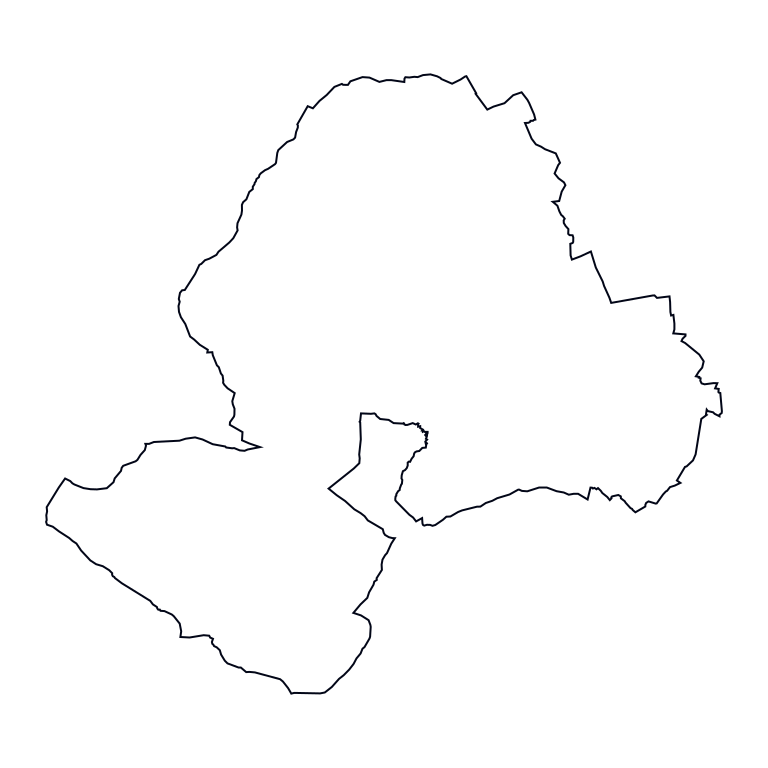 the district of Ulies, Harghita, Romania
{"feature_id": "2599482B10637984769645", "entity_name": "Ulies", "entity_type": "district", "adm_level": 2, "iso_a3": "ROU", "parent_name": "Romania", "parent_adm1": "Harghita", "projection": "natural_earth1", "projection_center": [25.262, 46.196], "detail": "fine", "context": "isolated", "style": "outline", "palette": "ink", "viewbox_px": 768, "rotation_deg": 0, "n_neighbors": 0, "source": "geoboundaries", "source_scale": "gbopen_adm2", "svg_char_len": 6074}
<svg xmlns="http://www.w3.org/2000/svg" viewBox="0 0 768 768"><path d="M680.4,482.9L676.9,480.5L685.0,466.9L686.6,466.4L693.0,460.4L695.6,454.4L701.3,418.9L706.7,414.9L706.0,414.4L706.7,409.6L707.9,411.1L713.1,412.3L714.6,413.8L719.5,416.3L719.5,414.7L721.7,413.0L721.9,411.2L720.3,393.0L718.7,392.5L718.4,392.0L718.7,388.9L715.1,388.4L717.3,383.2L713.6,383.1L704.6,384.3L701.6,383.4L700.3,380.7L700.6,378.3L698.8,377.7L699.1,376.9L695.9,376.3L698.8,371.7L702.2,367.6L703.7,361.3L699.3,354.6L685.1,343.0L681.5,341.1L682.6,338.7L685.5,335.9L685.5,334.4L673.3,333.4L674.4,329.4L674.4,323.6L673.4,314.9L671.1,315.5L670.4,312.0L670.1,302.0L669.5,296.4L657.0,297.9L654.5,295.4L652.7,295.5L611.2,302.9L609.4,297.7L604.1,286.0L602.7,281.5L595.8,267.5L590.9,251.5L580.6,256.3L571.9,259.6L570.6,255.4L570.3,243.8L572.6,243.0L573.2,241.9L573.3,237.5L572.6,235.3L569.5,235.1L568.2,233.8L568.4,229.1L565.6,226.0L563.8,223.0L563.7,220.4L564.7,218.7L562.9,216.3L561.2,214.9L559.4,211.4L557.4,205.7L552.8,201.8L559.2,201.0L561.7,191.6L565.4,185.2L564.0,182.4L558.5,178.3L554.6,173.5L558.2,165.1L560.0,162.8L555.8,153.4L545.0,149.2L541.1,146.7L535.9,144.4L531.6,138.7L525.0,123.0L528.4,122.8L530.2,121.8L530.5,120.8L533.0,120.8L533.8,120.0L535.4,119.6L534.1,114.5L529.1,102.9L527.4,99.8L521.6,92.3L513.2,95.2L504.5,103.2L493.5,106.6L487.3,109.6L475.6,93.8L476.2,93.3L466.4,76.2L465.1,76.5L460.6,79.5L452.1,83.7L441.3,79.0L440.5,78.0L437.1,76.3L430.5,74.4L423.0,75.1L417.7,77.1L414.3,76.8L409.4,77.5L405.4,77.2L404.5,78.6L404.3,82.0L391.1,80.1L386.6,80.1L379.4,81.9L369.5,77.6L362.5,77.1L350.4,81.3L347.9,84.9L343.1,84.8L341.9,83.9L334.4,86.9L326.7,95.0L319.5,100.9L312.9,108.3L307.7,106.2L297.3,124.4L297.9,125.5L297.8,127.6L296.1,132.0L295.1,137.6L293.4,139.4L287.1,142.0L278.3,150.1L277.3,152.9L276.0,162.8L275.1,164.1L268.1,168.8L265.0,170.2L260.7,173.4L259.4,175.0L258.9,177.2L256.5,179.0L255.8,181.4L254.7,182.8L254.5,184.2L252.8,186.7L252.8,189.1L249.3,191.9L246.4,199.3L243.1,202.2L241.9,204.9L242.0,210.6L241.4,214.6L237.5,223.2L237.1,227.4L237.6,230.4L233.3,238.2L229.3,242.5L218.5,251.7L216.4,254.9L209.3,258.7L205.0,260.2L201.3,263.9L199.4,264.8L195.1,274.0L184.8,290.0L182.1,290.3L180.0,292.8L178.8,299.0L179.7,301.7L178.5,306.0L179.0,311.9L180.9,317.2L185.3,324.0L190.1,336.5L194.1,339.5L199.8,344.8L207.8,349.8L207.3,352.5L212.3,352.2L212.8,355.2L216.9,365.3L218.8,367.2L220.9,373.5L222.6,375.6L223.3,380.7L223.1,382.8L224.3,384.8L227.6,388.3L234.7,393.1L232.3,401.2L232.8,404.3L234.5,408.7L234.4,414.6L234.0,416.5L230.0,422.2L229.8,424.8L242.5,432.1L242.0,440.3L249.4,443.5L260.0,447.1L247.7,449.5L244.6,450.8L239.8,450.4L234.2,448.1L232.2,448.3L226.2,447.5L225.3,446.5L212.7,444.2L202.6,439.5L195.1,437.4L185.7,438.7L179.4,440.7L153.9,442.0L149.0,443.9L145.4,443.9L146.0,445.7L144.8,450.1L140.5,454.9L137.4,459.9L135.6,461.3L123.2,465.8L121.7,467.8L121.0,470.9L114.7,478.4L113.5,482.2L106.8,488.2L97.0,489.4L90.5,489.2L83.5,488.1L74.4,484.5L72.4,483.3L70.3,481.1L65.1,478.5L58.8,487.5L46.7,507.2L47.1,511.4L46.3,515.2L46.7,520.1L46.1,521.9L47.0,524.7L52.8,526.7L59.0,531.4L69.2,538.0L72.6,541.0L76.4,543.5L81.1,550.5L90.3,560.4L96.1,564.2L102.8,566.2L109.2,570.2L112.2,573.2L112.1,574.7L112.8,576.2L114.3,577.0L115.0,578.1L121.9,583.3L150.3,600.9L152.9,604.4L156.9,607.0L157.3,608.5L158.3,609.7L159.8,609.6L160.5,610.8L164.5,611.1L171.8,614.5L173.8,616.2L179.7,623.6L181.2,631.3L180.4,637.0L189.6,637.5L203.7,635.2L209.2,635.7L210.2,637.6L213.0,638.8L211.9,642.0L212.3,643.8L213.3,644.6L214.1,646.1L216.7,647.3L219.8,650.2L221.1,654.6L224.8,660.7L227.5,663.4L238.5,667.5L240.8,667.5L246.2,672.1L249.4,671.9L254.9,672.4L280.1,679.2L282.9,681.5L288.1,688.1L291.3,693.6L294.2,692.9L320.1,693.4L324.8,692.5L331.8,687.0L339.1,678.8L343.8,675.1L349.2,669.6L353.6,663.9L356.5,658.4L360.6,653.5L362.5,648.7L364.5,647.1L369.5,638.5L370.1,636.7L370.7,626.9L370.4,625.0L368.6,620.2L361.0,615.4L353.4,612.9L360.5,604.4L367.3,597.9L369.1,592.3L373.5,584.7L374.3,581.6L376.8,579.9L376.6,578.2L381.9,569.9L381.6,564.6L382.5,559.6L385.1,555.2L387.0,553.1L391.3,543.6L394.8,538.2L392.5,538.1L388.9,537.2L385.0,534.9L383.7,532.8L382.8,529.2L367.8,520.4L364.6,516.2L360.6,513.1L354.3,509.3L345.1,501.0L336.7,495.2L328.6,488.6L353.8,468.5L359.3,463.2L359.7,458.3L359.2,454.5L360.8,439.4L360.2,422.4L359.6,421.8L360.2,420.7L361.0,413.4L371.0,413.8L374.4,413.4L375.6,414.2L376.6,416.0L380.2,419.0L388.7,419.9L393.6,423.1L402.7,423.6L403.7,423.1L404.2,423.6L404.3,424.4L405.5,425.0L407.4,424.9L412.7,423.1L415.8,424.5L417.9,423.3L418.5,423.7L418.1,424.2L418.1,426.7L420.2,426.2L420.2,428.1L422.9,429.6L422.2,430.5L423.6,430.6L422.7,431.0L422.8,431.8L424.0,431.2L424.7,431.9L427.6,431.9L427.6,432.6L426.0,432.5L426.2,433.3L427.2,434.0L427.0,435.4L426.6,435.3L426.0,434.1L425.2,435.0L426.7,436.9L425.9,438.8L427.1,439.6L425.3,441.6L425.8,443.8L426.7,443.1L427.0,443.4L426.3,444.3L425.8,447.6L422.3,447.9L419.3,451.0L416.6,451.4L415.1,452.2L414.2,453.4L413.6,456.3L411.7,458.6L410.1,461.8L408.9,461.6L407.7,462.6L407.7,465.6L406.7,468.2L405.0,470.1L402.9,471.2L401.7,475.3L401.5,478.5L402.3,479.9L401.9,483.8L401.3,484.4L399.8,488.4L399.7,490.0L398.1,491.2L396.3,494.2L396.3,495.7L395.6,496.4L395.3,498.7L395.3,500.2L396.1,501.3L409.4,514.8L413.1,517.5L416.1,521.4L422.1,518.1L422.5,523.6L423.0,524.9L424.2,525.6L426.9,524.8L430.1,524.9L432.5,525.8L435.3,525.0L442.9,519.8L446.4,516.7L450.4,516.5L458.1,512.0L462.1,510.4L476.9,506.7L480.4,506.6L485.8,503.0L492.3,500.8L497.2,498.2L509.5,494.5L518.1,489.7L519.1,489.6L521.9,490.9L527.3,491.3L539.2,487.5L546.7,487.5L556.6,491.2L563.8,492.5L568.8,494.7L573.7,493.8L578.1,493.8L587.6,499.5L590.5,487.6L592.1,487.7L592.9,488.5L594.4,487.9L596.5,489.3L598.0,488.1L600.8,490.8L602.3,493.0L607.3,497.0L609.8,500.1L611.5,498.3L611.3,497.3L612.1,496.4L618.3,495.0L620.8,496.4L620.9,498.3L624.7,501.2L625.6,502.7L630.5,508.1L632.1,508.9L632.7,510.0L635.4,512.3L645.3,506.5L645.4,504.7L646.2,502.9L648.5,501.4L655.7,503.6L656.7,503.4L663.1,494.4L665.8,491.5L667.1,490.8L670.0,487.1L674.8,485.6L680.4,482.9Z" fill="none" stroke="#020617" stroke-width="2"/></svg>